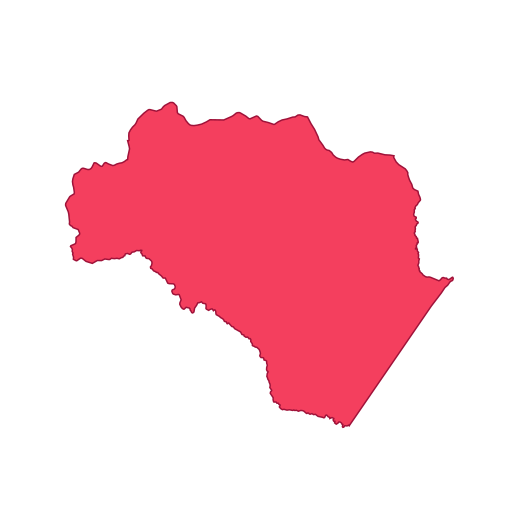 outline of Corinto, Cauca, Colombia, rotated 193°
{"feature_id": "7082276B3788770543565", "entity_name": "Corinto", "entity_type": "district", "adm_level": 2, "iso_a3": "COL", "parent_name": "Colombia", "parent_adm1": "Cauca", "projection": "robinson", "projection_center": [-76.211, 3.145], "detail": "fine", "context": "isolated", "style": "filled", "palette": "rose", "viewbox_px": 512, "rotation_deg": 193, "n_neighbors": 0, "source": "geoboundaries", "source_scale": "gbopen_adm2", "svg_char_len": 6128}
<svg xmlns="http://www.w3.org/2000/svg" viewBox="0 0 512 512"><g transform="rotate(193 256 256)"><path d="M144.1,384.7L148.1,384.5L153.1,383.6L160.5,383.7L163.6,382.8L165.9,383.4L168.0,383.2L173.2,380.7L175.2,379.0L178.4,375.5L181.7,370.3L182.8,369.3L185.0,369.6L188.2,370.7L191.3,369.5L195.7,369.3L198.6,369.6L200.6,370.2L203.5,371.8L205.6,373.9L207.2,374.7L208.5,375.3L210.3,375.2L212.1,375.7L213.5,376.6L215.7,378.9L220.9,383.4L222.3,386.0L227.4,392.5L232.2,397.3L237.1,403.1L240.0,402.8L244.8,403.4L246.8,402.8L249.2,400.3L251.5,399.6L256.7,396.5L261.2,394.4L264.5,391.8L267.5,388.5L268.2,388.2L273.9,388.8L279.6,388.9L281.0,389.4L285.6,392.4L286.4,392.5L287.1,392.5L292.7,388.3L293.9,388.3L297.4,390.0L303.5,391.9L304.6,392.0L306.0,391.6L307.3,390.9L309.9,387.6L311.2,386.4L318.0,381.3L331.5,378.4L334.5,375.5L338.6,372.3L342.6,370.3L345.8,369.1L348.5,368.7L350.0,368.9L351.7,369.8L354.7,372.1L357.3,375.0L358.5,375.8L363.8,377.1L364.9,378.1L366.7,383.7L367.4,384.5L370.7,386.6L372.1,386.8L374.1,386.3L378.8,382.1L379.9,380.5L381.1,377.8L385.6,374.7L392.2,374.8L393.2,374.6L394.3,373.7L397.4,369.9L401.9,362.9L402.8,358.4L403.5,356.6L405.3,353.8L406.7,350.5L407.5,347.4L407.0,344.4L405.8,340.3L406.2,339.6L407.0,339.5L404.1,333.9L403.3,331.9L403.2,324.2L402.8,321.1L403.7,320.6L405.5,318.4L407.5,316.7L409.9,315.7L412.4,314.3L414.5,312.5L415.9,311.9L420.5,312.5L422.9,313.2L423.9,313.1L424.8,312.1L426.0,308.9L426.8,308.6L427.7,308.6L432.5,310.6L434.0,310.6L434.7,310.3L435.7,305.9L436.4,304.2L437.2,303.3L438.1,302.7L439.7,302.4L443.8,302.7L445.0,302.4L445.9,301.5L447.7,297.8L451.4,294.6L451.8,290.1L451.6,287.3L450.4,284.1L449.2,282.0L447.3,277.1L447.2,275.6L450.3,272.6L450.9,271.7L452.8,265.8L453.2,264.5L453.1,263.3L452.8,262.3L448.9,256.9L447.8,254.6L445.3,247.2L445.1,245.2L443.7,244.0L442.0,243.6L440.6,242.5L435.2,241.8L433.0,238.7L432.7,237.8L433.3,236.4L435.5,233.6L434.6,229.4L434.6,227.7L435.3,226.9L438.7,224.4L438.9,223.5L437.3,222.3L436.4,221.1L436.2,219.2L435.0,217.7L435.1,216.5L433.5,213.8L433.2,211.7L430.1,210.9L429.4,211.2L426.5,214.4L425.8,214.6L424.8,214.6L420.4,212.5L413.8,212.0L409.6,215.9L405.4,216.8L402.6,219.1L398.8,219.4L397.7,219.7L396.4,221.2L393.2,221.6L391.0,222.5L388.6,222.5L386.8,224.1L385.5,224.7L384.8,226.2L383.9,226.8L383.9,228.3L383.4,228.9L381.5,229.6L379.6,229.2L378.7,229.7L377.7,231.8L375.5,232.7L373.6,234.5L370.9,234.9L369.7,235.7L368.6,235.8L368.5,235.4L369.1,234.1L368.9,233.3L367.7,232.5L366.5,230.7L364.2,231.1L362.8,229.4L362.0,229.1L359.6,229.3L357.0,227.8L356.3,227.1L355.7,225.7L355.7,223.2L356.4,221.6L355.8,220.3L354.4,220.1L352.4,218.5L350.1,218.1L349.5,217.6L347.9,217.8L346.8,216.8L343.7,215.3L341.5,213.6L339.4,214.1L335.9,209.7L334.4,209.5L330.3,210.3L329.1,209.9L327.8,208.0L327.7,206.5L328.3,205.2L329.6,204.4L330.1,203.7L330.0,202.6L328.7,200.7L327.9,200.3L325.5,200.1L322.9,201.1L322.1,201.0L319.1,196.5L319.6,193.2L319.4,191.8L317.5,189.4L316.0,188.3L314.7,187.9L314.1,188.0L312.5,190.3L309.2,190.3L308.4,189.6L307.8,188.3L307.0,187.8L306.1,186.6L305.3,186.2L304.8,186.3L303.9,187.5L304.1,191.4L302.8,194.6L302.2,197.2L300.7,197.8L298.8,199.1L297.2,198.0L294.5,198.1L294.0,197.8L293.3,196.0L293.0,193.7L292.4,193.1L289.9,192.4L288.7,193.6L287.2,194.5L286.5,194.5L285.2,193.1L284.4,194.2L283.8,194.2L282.8,193.1L282.0,190.6L281.5,189.9L278.0,188.9L276.8,188.1L274.4,187.4L273.1,186.5L272.1,185.2L270.1,185.1L269.0,183.6L268.5,183.6L267.9,184.4L267.4,184.5L263.8,181.9L262.0,181.8L260.5,180.4L253.9,178.5L252.1,176.4L250.1,176.3L249.5,175.3L247.5,174.6L245.8,175.1L244.0,173.7L243.3,174.2L242.9,174.1L242.2,173.3L241.9,171.5L239.8,169.6L239.4,168.0L238.7,167.7L237.2,167.6L236.4,167.1L234.6,167.2L231.8,165.6L230.3,163.3L229.7,161.8L229.9,159.9L229.5,159.1L228.3,158.2L226.1,158.5L225.5,158.1L224.8,156.5L222.9,156.4L222.1,156.0L221.4,153.8L220.4,152.2L220.5,149.6L220.1,147.5L219.2,146.4L218.4,146.2L218.2,145.7L218.6,144.0L218.3,141.0L217.5,140.1L216.8,138.7L215.4,137.3L214.7,135.8L213.6,134.4L213.0,132.8L212.9,130.9L210.6,128.8L210.5,128.3L211.3,126.7L211.2,125.4L207.4,121.8L207.0,119.8L206.1,118.0L205.6,117.7L204.6,118.1L203.3,118.1L202.6,117.3L201.0,117.5L200.2,116.5L199.2,116.4L198.9,115.7L199.3,114.2L197.7,112.9L195.7,112.2L194.3,112.9L191.1,112.8L188.8,113.7L185.4,113.8L184.5,114.5L183.4,114.2L181.9,114.8L179.8,114.3L177.6,115.6L175.9,115.8L174.7,115.7L171.5,114.0L171.0,114.0L170.2,114.7L169.5,114.7L168.5,114.1L167.7,114.0L166.0,115.0L164.2,114.4L162.5,115.1L159.5,113.7L155.0,113.8L153.4,113.6L152.8,114.1L152.4,116.0L152.0,116.7L151.3,116.9L149.5,115.6L147.7,115.2L147.5,114.3L145.6,115.7L143.6,115.2L143.5,114.8L144.0,114.0L143.6,113.0L143.0,112.5L141.9,112.6L141.9,111.1L140.0,110.2L138.7,111.4L137.8,113.0L136.5,113.1L135.0,112.4L134.3,111.4L133.5,111.4L133.4,109.1L132.8,108.6L132.0,109.0L131.3,110.6L129.1,110.9L127.5,112.1L127.0,111.6L73.9,246.7L67.1,261.7L64.8,267.8L62.7,270.6L61.3,274.1L60.5,275.2L59.2,276.2L58.8,277.0L58.8,278.7L59.5,279.5L59.9,279.5L62.4,276.7L63.0,276.4L64.3,276.4L65.3,277.3L67.2,276.9L68.3,277.2L69.3,276.9L69.9,276.4L71.0,274.2L72.2,273.0L81.1,274.5L82.7,274.5L84.6,273.9L86.3,274.0L89.0,275.1L90.1,276.1L93.0,277.7L93.0,278.3L93.5,278.5L94.2,280.0L94.2,280.7L94.8,281.1L94.9,281.8L96.2,283.4L95.8,285.9L96.3,287.8L96.2,289.9L97.3,290.5L97.8,293.7L98.6,294.7L98.4,296.0L99.9,297.2L100.4,299.1L101.0,299.2L102.0,298.7L102.2,298.8L102.2,299.4L101.4,300.7L102.1,301.7L102.2,302.5L101.7,303.3L101.8,305.1L101.0,305.4L101.1,306.2L102.7,309.6L103.6,309.6L104.2,310.9L105.8,311.9L106.0,312.8L106.7,313.4L106.9,314.5L106.3,315.5L106.7,316.2L106.8,318.4L107.3,319.5L107.4,320.7L106.7,321.7L106.6,323.3L105.6,324.3L105.6,325.2L106.1,325.7L107.5,326.0L108.8,327.4L109.0,327.9L108.4,328.8L108.6,329.8L110.7,330.3L111.3,331.0L111.8,332.2L111.6,334.3L112.2,336.9L111.5,337.9L112.0,338.8L111.5,340.8L110.4,342.3L109.9,344.4L108.4,347.3L108.5,348.2L109.5,350.1L111.5,352.7L112.8,355.6L116.7,356.4L118.6,357.6L120.3,360.8L123.4,364.4L125.0,366.9L126.5,369.6L126.8,371.3L128.2,372.9L130.2,374.5L137.4,377.1L140.6,379.2L143.9,382.9L144.1,383.6L144.1,384.7Z" fill="#f43f5e" stroke="#9f1239" stroke-width="1.5"/></g></svg>